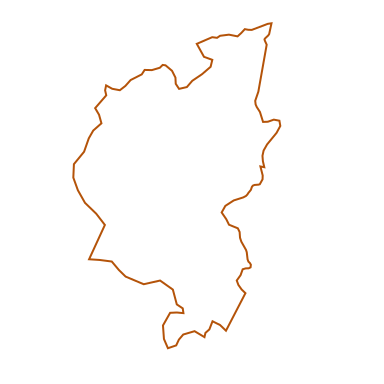 SVG path tracing the border of Smolyan, rotated 257°
{"feature_id": "BGR-2236", "entity_name": "Smolyan", "entity_type": "Province", "adm_level": 1, "iso_a3": "BGR", "parent_name": "Bulgaria", "parent_adm1": "", "projection": "mercator", "projection_center": [24.659, 41.628], "detail": "fine", "context": "isolated", "style": "outline", "palette": "amber", "viewbox_px": 384, "rotation_deg": 257, "n_neighbors": 0, "source": "natural_earth", "source_scale": "10m", "svg_char_len": 1753}
<svg xmlns="http://www.w3.org/2000/svg" viewBox="0 0 384 384"><g transform="rotate(257 192 192)"><path d="M107.9,233.0L105.4,232.1L104.9,230.1L105.5,227.1L105.3,224.0L100.0,220.6L95.7,215.7L91.0,216.3L85.9,218.4L81.4,221.3L81.3,221.2L49.2,193.9L56.1,189.4L61.4,182.9L54.2,178.0L51.7,173.4L47.8,171.5L55.8,163.2L55.1,151.4L51.1,146.0L46.1,142.1L45.2,133.4L55.1,131.6L68.5,133.7L79.2,143.5L78.0,150.1L75.9,156.4L80.7,156.8L85.9,151.9L101.2,151.4L112.9,141.0L113.0,124.2L124.5,108.3L132.3,103.3L142.3,98.2L146.6,86.6L149.6,76.6L179.5,99.7L192.4,93.8L205.5,85.3L219.4,81.2L232.7,79.6L245.7,83.2L255.5,95.9L267.5,103.5L274.1,109.6L279.3,119.2L288.2,118.8L295.5,116.5L305.5,130.2L310.6,130.2L315.2,132.3L310.5,137.5L307.4,144.6L310.3,150.9L314.9,157.4L317.9,169.5L321.6,173.3L319.8,180.3L320.3,188.6L322.4,192.0L321.4,194.7L314.6,199.8L307.2,201.6L301.1,200.5L295.4,202.6L295.4,210.6L300.3,217.3L304.5,228.2L309.8,238.3L316.2,241.5L321.0,234.1L335.3,230.0L338.3,246.5L336.6,251.1L337.9,254.5L337.0,263.4L333.4,271.4L335.8,275.7L338.8,280.1L337.4,283.3L336.5,286.7L338.8,303.6L338.5,307.4L328.5,302.7L327.4,301.5L325.3,297.9L324.5,297.0L323.2,297.0L318.7,297.9L274.8,279.2L266.6,274.1L263.0,273.7L260.3,274.2L254.7,276.2L244.3,277.0L243.4,281.7L244.1,288.0L241.8,293.2L236.5,292.9L230.6,287.7L221.5,275.9L216.3,271.1L211.4,268.8L206.1,268.0L199.9,268.0L201.5,264.4L192.2,264.6L188.5,263.6L184.3,259.8L184.2,258.5L184.8,254.5L184.5,252.7L183.5,251.5L180.9,249.9L180.0,248.8L178.5,246.8L177.1,245.4L176.0,243.7L175.2,240.7L174.4,230.8L171.0,221.4L165.4,216.3L157.7,219.3L151.8,220.7L146.3,228.5L142.3,229.4L136.6,228.5L132.5,228.9L123.4,231.6L121.0,231.8L113.9,231.0L111.5,231.3L109.8,232.4L107.9,233.0Z" fill="none" stroke="#b45309" stroke-width="2"/></g></svg>